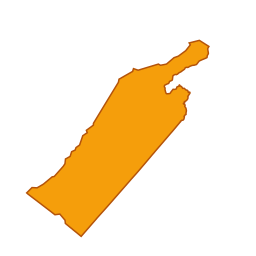 Washington, New York, United States of America (orthographic projection), rotated 39°
{"feature_id": "52423323B92557929546558", "entity_name": "Washington", "entity_type": "district", "adm_level": 2, "iso_a3": "USA", "parent_name": "United States of America", "parent_adm1": "New York", "projection": "orthographic", "projection_center": [-73.385, 43.375], "detail": "fine", "context": "isolated", "style": "filled", "palette": "amber", "viewbox_px": 256, "rotation_deg": 39, "n_neighbors": 0, "source": "geoboundaries", "source_scale": "gbopen_adm2", "svg_char_len": 2236}
<svg xmlns="http://www.w3.org/2000/svg" viewBox="0 0 256 256"><g transform="rotate(39 128 128)"><path d="M98.2,146.1L99.3,147.6L97.1,156.0L99.3,157.3L97.7,162.4L101.1,171.7L99.9,175.9L100.8,178.4L99.1,181.9L100.9,186.5L98.9,191.4L101.5,195.4L101.8,198.4L101.2,212.1L99.8,213.7L97.6,224.8L95.0,231.7L90.9,234.7L90.1,242.2L92.2,242.3L112.9,241.7L125.8,241.4L129.2,237.8L137.1,239.3L139.4,241.6L159.8,241.7L160.6,218.7L160.6,217.4L161.3,203.8L161.4,201.5L162.6,169.7L162.7,166.2L163.1,158.5L163.5,143.9L163.7,133.3L163.8,131.0L163.8,129.2L164.5,105.1L164.6,102.8L164.8,91.1L164.9,90.0L164.7,90.0L164.7,88.9L164.9,88.2L165.5,87.7L165.8,87.3L165.9,86.5L165.8,85.8L165.1,84.4L164.9,84.0L164.7,83.7L164.2,83.6L164.2,81.7L164.5,81.2L164.5,80.8L163.7,80.0L162.6,77.9L161.5,76.9L160.5,76.1L158.5,75.5L158.3,75.2L158.2,74.6L157.6,74.1L155.9,74.3L155.7,74.2L155.6,73.9L155.7,73.3L156.2,72.8L156.1,72.6L155.3,72.0L156.0,70.6L156.0,70.3L156.2,69.2L156.1,68.0L155.9,67.3L155.0,66.0L154.6,65.8L154.3,62.3L154.2,61.9L153.9,61.5L153.5,61.3L153.2,61.4L152.6,62.3L152.2,62.2L151.3,61.5L150.1,61.4L149.4,61.9L146.6,61.8L145.6,62.8L143.5,62.1L143.4,62.2L142.2,62.5L141.8,62.5L141.5,62.2L140.9,62.2L140.8,62.7L141.3,63.5L140.4,64.8L140.2,65.4L140.9,67.1L140.8,67.4L140.6,67.8L139.8,68.8L138.7,69.5L138.7,72.7L138.9,74.2L138.8,74.8L138.6,75.1L137.1,76.6L136.4,77.1L135.9,77.1L135.5,76.9L134.5,76.3L132.3,74.6L131.7,73.6L130.5,73.2L130.1,72.9L129.7,72.1L129.6,71.8L129.8,71.2L130.8,69.0L131.5,67.9L131.4,67.0L131.0,65.8L131.1,65.4L132.2,63.3L132.2,63.0L132.1,62.5L130.3,59.6L130.1,59.1L130.5,57.5L130.8,57.0L131.1,56.6L132.0,56.1L132.6,54.9L132.8,53.3L134.0,50.4L134.1,49.6L134.2,49.3L134.8,47.2L134.9,46.4L134.6,45.4L134.7,44.9L135.2,44.1L135.9,43.7L136.4,43.2L136.8,42.5L137.1,41.4L138.3,39.3L138.8,38.6L139.8,37.7L141.2,35.7L141.3,34.7L141.2,33.0L141.2,31.2L141.4,30.7L142.6,28.3L144.2,25.4L145.0,23.8L145.0,23.4L144.2,22.1L144.0,21.6L143.7,19.7L142.7,18.6L141.6,17.7L140.1,16.3L139.9,15.8L139.7,14.4L139.5,13.8L139.5,13.7L128.3,15.0L122.0,23.4L124.1,24.2L124.2,31.6L121.9,40.5L119.5,44.4L117.7,54.1L113.8,58.8L111.4,59.2L99.5,76.7L94.9,78.4L96.0,81.1L90.3,95.7L91.8,98.6L95.4,125.6L98.2,146.1Z" fill="#f59e0b" stroke="#b45309" stroke-width="1.5"/></g></svg>